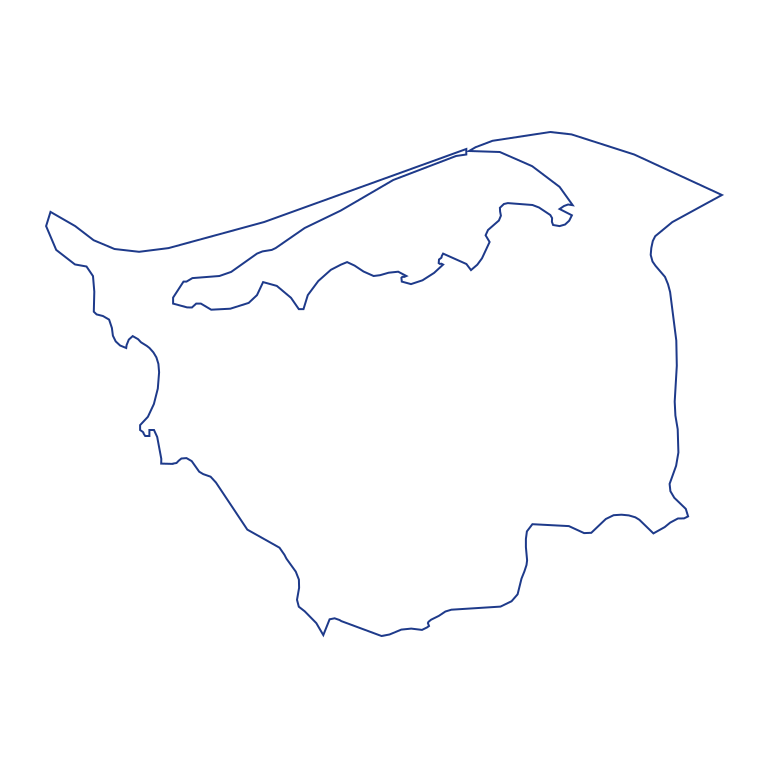 the Governorate of Kafr ash Shaykh
{"feature_id": "EGY-1547", "entity_name": "Kafr ash Shaykh", "entity_type": "Governorate", "adm_level": 1, "iso_a3": "EGY", "parent_name": "Egypt", "parent_adm1": "", "projection": "robinson", "projection_center": [30.841, 31.295], "detail": "fine", "context": "isolated", "style": "outline", "palette": "blue", "viewbox_px": 768, "rotation_deg": 0, "n_neighbors": 0, "source": "natural_earth", "source_scale": "10m", "svg_char_len": 2898}
<svg xmlns="http://www.w3.org/2000/svg" viewBox="0 0 768 768"><path d="M74.9,264.4L56.2,249.9L46.1,226.1L50.5,211.9L75.2,226.1L93.6,240.2L114.5,249.0L139.1,251.8L168.5,248.1L264.2,222.0L466.3,149.0L466.3,154.5L456.0,156.0L393.2,180.0L340.7,210.6L304.7,228.0L275.6,248.1L271.8,249.9L262.5,251.4L257.0,253.6L231.2,271.9L219.4,276.0L192.4,278.1L186.5,281.6L183.5,281.6L173.1,297.6L173.1,303.6L187.1,307.4L191.9,307.5L196.2,303.6L200.9,303.6L211.2,309.7L230.3,308.7L248.7,302.9L257.0,295.1L263.1,282.1L276.8,285.9L291.0,297.8L298.8,309.1L303.5,309.1L307.8,295.1L318.3,281.0L330.9,269.8L341.0,264.6L347.1,262.1L354.6,265.6L363.5,271.5L373.6,276.0L380.0,275.2L388.7,272.7L398.2,271.7L406.4,276.0L404.3,276.9L402.4,276.8L401.4,277.8L401.8,281.6L411.0,284.1L422.5,280.3L434.1,272.9L443.1,264.6L441.4,263.7L439.8,263.9L438.7,263.1L439.0,259.5L441.3,257.8L441.6,257.1L441.7,256.2L443.1,253.6L466.4,264.0L471.0,270.1L477.3,264.7L482.0,258.3L489.6,242.0L485.6,235.3L488.0,230.0L498.9,220.5L500.9,215.7L500.1,211.5L499.9,207.8L503.9,204.0L507.8,203.1L532.5,205.0L539.0,207.5L550.3,215.0L552.1,218.1L551.9,221.8L553.1,225.0L559.6,226.1L565.1,224.5L569.2,220.7L571.9,215.3L559.6,209.0L564.0,206.0L568.1,204.5L572.7,205.2L559.6,186.9L532.2,166.2L499.8,152.0L469.1,151.0L475.6,147.2L492.5,140.8L550.2,132.0L571.5,134.4L634.2,154.5L721.9,195.0L672.3,222.1L655.2,236.2L652.8,241.0L651.3,248.0L650.7,254.9L652.5,261.5L655.5,265.8L665.0,276.9L668.0,284.2L670.1,292.0L676.3,340.6L676.8,365.8L674.7,401.6L675.4,415.6L677.7,429.2L678.4,452.5L676.1,465.8L669.6,483.9L670.4,491.2L674.3,497.8L685.8,508.9L688.1,516.4L684.0,518.4L677.9,518.5L670.2,522.6L664.7,527.1L653.4,533.4L639.4,519.8L635.3,517.3L628.8,515.4L621.5,514.7L613.6,515.2L605.8,519.0L591.3,532.8L584.1,533.1L568.9,526.1L532.4,524.2L526.9,531.4L525.9,538.9L525.9,547.1L527.1,560.3L526.5,565.0L524.4,571.4L521.5,578.6L517.6,594.3L511.6,601.2L500.5,606.6L451.4,609.7L445.4,611.5L438.8,615.9L431.1,619.7L428.5,621.8L427.9,623.1L429.0,626.0L427.1,627.4L422.0,629.9L411.2,628.6L401.3,629.6L389.5,634.5L381.5,636.0L341.3,621.1L339.5,620.0L334.6,618.3L329.6,619.3L323.3,635.1L316.3,623.1L304.7,611.3L298.8,606.7L297.0,599.8L299.1,587.8L298.9,579.6L295.8,571.7L286.4,558.6L284.5,554.9L279.5,547.7L247.3,529.6L216.0,482.6L210.6,476.7L203.2,474.1L199.2,471.7L191.7,461.1L186.5,458.1L181.4,458.5L178.7,460.7L176.5,463.0L173.0,463.6L172.8,463.9L161.2,463.6L161.3,458.9L157.2,437.0L154.0,430.0L149.4,430.0L149.4,436.0L145.2,436.0L143.6,433.6L143.4,432.6L142.8,431.9L140.1,430.0L140.1,425.1L147.9,416.8L153.9,404.0L157.8,388.6L159.1,372.3L158.4,363.9L156.4,357.4L153.4,352.4L149.5,348.0L146.8,345.9L141.0,342.3L138.1,339.2L132.7,336.1L128.8,339.6L126.6,345.1L126.2,348.0L120.1,345.5L115.7,341.4L112.9,335.7L111.9,328.0L109.1,319.6L102.9,316.0L96.6,314.4L93.8,311.7L94.3,291.7L93.0,276.1L86.5,266.5L75.3,264.5L74.9,264.4Z" fill="none" stroke="#1e3a8a" stroke-width="2"/></svg>